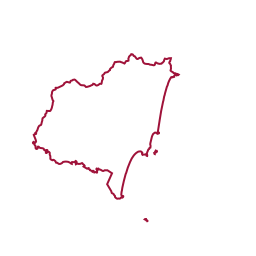 the district of Phu My, Bình Định, Vietnam, rotated 45°
{"feature_id": "81297802B75835306112543", "entity_name": "Phu My", "entity_type": "district", "adm_level": 2, "iso_a3": "VNM", "parent_name": "Vietnam", "parent_adm1": "Bình Định", "projection": "albers", "projection_center": [109.108, 14.245], "detail": "fine", "context": "isolated", "style": "outline", "palette": "rose", "viewbox_px": 256, "rotation_deg": 45, "n_neighbors": 0, "source": "geoboundaries", "source_scale": "gbopen_adm2", "svg_char_len": 5757}
<svg xmlns="http://www.w3.org/2000/svg" viewBox="0 0 256 256"><g transform="rotate(45 128 128)"><path d="M51.3,141.6L51.7,142.1L51.8,142.3L51.7,144.1L51.4,145.0L49.9,149.2L49.7,149.5L48.4,150.7L48.4,150.8L49.3,151.4L49.5,151.8L49.2,152.8L48.5,153.9L48.4,154.2L48.4,154.7L48.7,155.9L49.2,156.7L50.0,157.6L50.4,158.5L51.0,159.3L51.5,159.7L52.2,160.0L54.9,161.5L56.2,161.7L56.8,163.1L58.3,165.0L59.0,166.3L59.7,167.3L60.4,168.8L60.7,169.8L60.9,170.6L60.8,171.2L58.5,173.3L59.7,175.0L59.8,176.9L60.5,177.3L60.9,177.9L61.0,178.6L60.7,181.4L61.2,182.3L62.2,183.4L62.6,184.3L64.2,186.9L64.3,187.4L63.7,189.0L63.7,189.5L64.1,191.1L65.4,193.6L65.5,194.3L66.0,195.4L66.0,197.0L66.3,197.0L66.8,196.8L67.0,196.9L67.1,197.1L67.1,197.4L66.3,198.7L66.2,199.5L70.8,201.5L72.4,202.4L72.8,203.4L72.8,204.1L71.1,204.5L71.0,205.4L71.4,205.8L71.9,205.9L73.0,205.5L73.9,206.0L75.2,206.1L76.6,207.3L77.2,207.7L78.0,207.6L78.2,207.4L78.5,206.9L78.5,206.4L78.4,206.1L77.5,205.2L77.5,204.8L77.7,204.6L78.1,204.4L79.3,204.4L80.0,204.2L81.7,202.9L82.8,202.3L83.4,202.4L84.3,202.8L85.0,202.7L85.9,201.2L86.3,200.8L86.5,200.7L86.9,200.8L87.2,201.0L86.9,202.9L87.4,203.6L87.8,203.6L88.1,203.3L88.1,202.0L88.4,201.2L89.1,200.8L89.8,200.8L90.2,200.9L91.5,202.2L92.8,202.7L93.1,202.9L94.9,204.7L95.6,204.8L97.3,204.3L97.6,203.4L98.3,203.0L100.2,202.8L100.7,203.0L101.5,203.4L101.9,203.3L102.4,202.7L102.6,202.6L104.0,202.4L104.6,202.2L105.4,201.4L106.0,200.0L106.1,199.4L106.1,198.3L106.1,197.9L107.1,196.5L107.8,195.7L109.5,194.3L110.2,194.0L111.7,193.5L113.0,193.4L113.6,193.1L112.9,192.5L112.5,191.8L112.7,191.5L114.3,190.0L114.4,189.5L114.3,188.9L114.3,188.3L114.6,188.2L115.3,188.2L115.9,188.5L116.2,189.0L116.2,190.1L116.4,190.3L116.8,190.5L117.1,189.2L118.5,188.3L119.5,187.2L120.0,186.1L120.2,185.8L120.3,185.3L120.8,185.2L121.5,185.4L123.0,185.2L124.0,185.4L123.9,186.7L127.9,185.7L128.2,184.6L128.5,184.2L129.3,184.7L129.8,184.6L130.6,184.3L131.0,184.7L132.5,184.1L132.9,183.7L133.5,184.1L133.9,184.1L134.0,183.9L133.8,183.2L134.0,182.7L134.5,182.8L135.6,183.3L135.8,183.1L136.3,181.9L136.8,181.7L137.5,181.6L137.6,181.4L137.3,180.9L136.5,180.6L136.4,180.5L136.2,179.5L134.7,179.4L134.5,179.0L134.5,178.8L134.8,178.6L136.0,178.5L135.8,178.0L135.9,177.6L136.8,177.7L138.1,176.9L140.1,176.4L140.5,176.2L141.0,175.7L141.5,174.2L142.5,173.4L143.1,172.6L143.6,172.4L148.7,171.3L153.0,182.5L160.8,184.5L162.4,185.4L162.8,185.4L163.8,185.0L164.6,184.9L165.9,185.3L166.5,185.2L166.9,185.3L167.4,185.8L167.8,186.0L168.7,186.0L170.0,185.8L170.5,185.5L171.0,184.7L171.7,184.2L172.2,183.6L172.3,183.1L172.2,182.2L173.3,181.1L173.3,180.2L173.2,179.9L172.9,179.6L172.5,179.6L171.9,180.1L171.4,180.3L171.0,180.2L170.3,179.8L168.6,177.7L167.9,176.5L166.2,174.2L162.4,168.2L158.9,162.2L158.5,161.1L155.9,156.2L153.5,150.6L152.2,146.9L151.5,143.4L151.4,141.9L151.4,140.5L151.6,139.0L152.0,137.4L152.9,136.2L153.5,135.6L154.0,135.4L155.4,135.3L155.6,135.4L155.7,135.8L156.0,136.2L156.4,136.5L157.3,136.7L157.8,135.7L158.5,135.1L159.2,134.2L159.3,133.8L159.2,133.3L159.3,133.1L159.2,132.3L158.7,131.5L158.0,129.7L157.6,128.9L157.6,128.4L157.8,128.0L157.8,127.8L157.3,127.0L157.4,126.6L157.7,126.1L157.3,125.5L156.5,124.6L155.2,123.8L154.4,122.7L151.1,117.3L150.5,116.0L150.0,114.4L150.1,113.3L150.3,112.2L151.2,111.4L151.6,111.4L151.7,111.5L152.3,111.3L152.9,111.3L153.1,111.1L153.1,110.7L153.5,110.2L153.6,109.8L153.2,109.4L152.4,109.9L151.6,109.3L144.5,99.6L139.4,92.5L134.0,84.3L133.8,83.8L131.2,80.0L130.8,79.1L129.6,77.2L126.3,71.3L125.9,70.0L124.7,67.9L123.8,65.8L122.9,63.1L122.9,62.3L122.6,61.9L123.0,60.8L123.2,60.6L123.7,60.6L123.9,60.3L124.0,59.6L124.4,59.2L124.0,58.8L123.9,58.6L123.6,58.0L123.7,57.3L124.3,56.7L125.0,56.7L125.3,56.3L125.2,55.9L125.4,55.6L126.1,55.1L126.1,54.4L124.8,54.8L124.0,55.5L122.9,55.8L121.4,56.9L120.2,56.8L118.7,57.3L117.5,57.3L116.3,55.5L114.8,54.2L114.4,53.6L112.5,52.9L111.4,52.9L110.9,52.5L110.7,52.2L110.6,51.0L110.1,50.4L109.8,49.5L109.0,48.3L108.0,49.3L107.6,49.8L106.7,51.8L105.0,52.9L105.5,54.3L106.2,55.4L106.3,57.2L106.1,58.1L106.2,58.8L104.7,60.6L104.2,60.8L103.1,61.5L101.6,61.8L101.2,62.2L101.3,62.7L102.2,64.3L102.2,64.9L101.8,65.5L99.9,66.7L98.7,67.7L97.5,68.1L97.1,68.4L95.7,69.7L94.4,70.6L93.6,70.8L92.5,70.8L92.0,70.6L90.6,69.8L89.2,69.2L87.6,68.9L87.4,69.0L87.1,69.7L86.5,70.4L86.2,72.0L86.0,72.4L85.5,72.8L85.1,72.9L82.1,72.5L81.0,73.0L79.9,72.7L79.2,72.7L78.1,73.5L78.4,74.5L78.2,75.5L78.3,76.8L79.3,78.8L80.3,79.5L80.7,80.1L80.3,80.9L79.6,81.7L79.4,82.0L79.4,82.6L79.9,84.4L79.9,84.9L77.7,85.7L76.1,86.5L75.5,86.7L73.5,88.9L73.1,89.7L72.3,90.4L72.1,90.7L72.2,91.2L72.8,92.4L73.2,94.0L74.0,95.2L74.1,95.4L73.8,96.3L73.6,97.2L73.6,98.8L73.7,99.2L74.3,99.8L74.1,100.6L74.1,102.8L72.7,105.0L72.6,105.3L72.9,106.8L72.7,108.9L73.0,109.4L74.5,109.9L75.3,110.8L75.7,111.4L76.1,112.8L77.6,114.9L77.9,115.4L77.9,115.7L77.0,116.4L76.8,116.7L76.6,118.5L76.1,119.7L75.7,120.2L75.0,120.5L73.2,120.6L72.1,121.3L72.4,122.4L72.3,122.9L71.9,123.6L71.6,124.8L70.2,127.5L69.3,128.7L67.3,128.7L66.8,128.9L64.9,130.6L64.2,131.0L62.9,131.2L61.8,131.1L59.7,131.3L56.7,131.3L55.9,131.6L55.0,132.9L55.0,133.6L54.2,135.1L54.3,135.8L54.8,136.7L54.8,137.0L54.7,137.1L52.1,138.6L51.8,139.4L51.3,141.6ZM165.2,124.4L165.0,124.0L164.7,123.9L164.3,124.7L163.7,124.5L163.8,125.3L164.3,125.3L164.6,125.1L165.1,125.1L165.2,124.4ZM160.7,133.5L160.5,133.4L160.3,133.6L160.1,133.5L159.9,133.8L160.3,134.3L160.8,134.5L161.3,134.2L161.1,133.9L160.7,133.5ZM204.4,180.8L205.6,180.4L205.7,180.1L205.6,179.9L205.1,179.6L204.8,179.9L204.4,180.5L204.4,180.8ZM165.4,127.5L164.7,126.7L164.3,127.2L165.2,127.6L165.4,127.5ZM207.6,180.1L207.5,179.9L207.1,179.8L206.8,179.8L206.7,179.9L206.8,180.3L207.2,180.2L207.5,180.3L207.6,180.1Z" fill="none" stroke="#9f1239" stroke-width="2"/></g></svg>